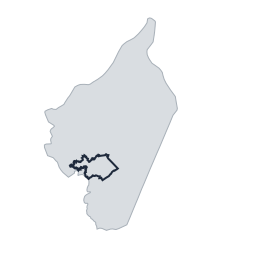 Homs, Homs (Hims), Syria (highlighted), rotated 326°
{"feature_id": "27442178B91557549439519", "entity_name": "Homs", "entity_type": "district", "adm_level": 2, "iso_a3": "SYR", "parent_name": "Syria", "parent_adm1": "Homs (Hims)", "projection": "orthographic", "projection_center": [36.55, 34.443], "detail": "fine", "context": "in_parent", "style": "outline", "palette": "slate", "viewbox_px": 256, "rotation_deg": 326, "n_neighbors": 0, "source": "geoboundaries", "source_scale": "gbopen_adm2", "svg_char_len": 6543}
<svg xmlns="http://www.w3.org/2000/svg" viewBox="0 0 256 256"><g transform="rotate(326 128 128)"><path d="M49.2,95.3L51.1,95.5L55.2,98.0L55.8,97.9L57.1,94.7L58.2,93.6L60.7,92.6L61.5,87.4L62.6,86.4L64.0,85.9L66.2,85.8L68.0,85.4L68.1,84.5L65.5,78.5L65.8,77.0L67.0,70.9L67.8,68.5L68.6,67.7L71.5,68.0L75.6,69.1L76.7,70.8L78.8,72.4L81.8,72.2L85.3,72.5L88.0,72.6L90.2,71.5L95.1,69.4L97.5,68.7L99.7,67.7L106.8,64.3L109.7,64.5L111.6,64.9L113.1,65.4L116.5,67.6L119.3,69.9L121.3,70.5L124.8,70.4L129.8,70.7L136.0,70.5L139.6,69.8L144.2,68.5L152.4,65.5L163.0,59.4L169.2,56.4L171.9,56.0L175.4,55.8L179.0,56.3L183.1,56.7L184.9,56.5L189.3,55.8L194.9,54.3L198.4,53.2L202.6,51.4L205.1,48.7L205.9,48.4L207.1,48.8L207.6,48.9L208.8,50.3L210.1,54.0L210.2,54.5L210.0,55.5L207.4,58.8L203.8,63.2L201.3,66.0L196.9,70.7L193.5,71.9L187.7,73.8L186.3,75.4L184.9,78.0L184.2,81.5L184.1,83.7L184.1,87.7L185.7,91.8L187.2,95.8L187.5,98.4L187.5,101.1L186.4,103.9L185.2,107.8L184.6,112.2L184.5,120.4L184.8,127.3L184.8,128.4L182.5,133.4L179.9,139.3L178.6,140.6L172.4,142.6L165.7,147.1L158.1,152.0L151.2,156.5L144.0,161.2L136.4,166.0L131.0,169.5L123.8,174.1L117.1,178.5L110.4,182.9L105.2,186.2L97.4,191.5L92.8,194.5L86.0,199.0L80.0,203.0L72.9,207.6L64.0,206.2L61.2,205.4L58.9,203.2L57.2,202.1L52.9,200.8L50.3,196.7L48.6,195.2L45.8,194.5L47.1,191.9L47.3,190.1L48.5,188.0L47.8,186.6L47.4,183.6L46.9,182.9L46.7,182.1L47.1,181.2L47.0,180.2L46.5,179.8L46.3,178.3L45.9,177.2L46.1,175.8L46.7,175.0L47.4,173.3L48.1,172.8L49.3,171.8L49.6,170.7L50.7,169.6L52.1,168.8L52.4,168.0L52.2,167.6L50.8,166.9L50.1,165.5L50.8,163.4L51.2,162.8L52.1,161.8L54.0,160.4L55.5,160.1L56.8,160.1L58.9,160.3L60.6,160.5L61.1,160.1L61.0,159.7L58.9,158.4L58.8,157.5L59.3,156.4L60.8,154.8L62.6,153.6L63.5,153.4L65.5,150.9L66.7,148.2L64.7,141.6L63.4,140.6L61.4,139.7L60.2,139.5L60.1,139.1L61.7,137.4L62.8,136.0L61.6,134.6L59.3,134.0L58.5,135.4L55.6,135.5L51.1,135.5L49.2,128.5L48.9,125.5L49.0,122.0L50.4,116.9L49.8,114.5L49.7,113.0L49.4,110.8L45.9,106.0L47.9,97.4L49.2,95.3Z" fill="#d9dde1" stroke="#a8b0b8" stroke-width="1"/><path d="M93.3,155.9L93.8,155.8L95.4,156.0L96.9,155.9L95.6,148.1L94.5,142.1L94.6,141.7L94.6,141.1L94.7,140.7L94.7,140.2L95.9,140.2L96.1,140.0L96.6,139.5L96.2,139.2L95.5,139.0L95.5,138.9L95.4,138.4L95.4,137.9L95.3,137.6L94.9,137.4L94.5,137.5L93.9,137.8L90.1,135.9L88.7,135.3L87.7,135.0L87.6,134.8L87.6,134.5L87.8,134.4L88.1,134.5L88.3,134.4L88.7,134.7L88.9,134.7L89.0,134.4L88.4,133.5L88.1,133.6L87.5,133.7L87.2,133.6L86.9,133.5L86.7,133.5L86.5,133.8L86.3,133.8L86.3,133.6L86.0,133.6L85.9,133.7L84.8,134.2L84.4,134.4L83.9,134.5L83.3,134.3L83.1,134.5L83.1,134.8L83.0,135.0L82.4,135.0L82.2,135.1L81.9,134.9L81.7,134.7L82.0,134.3L82.2,133.9L82.2,133.7L81.9,133.3L81.7,133.3L81.6,133.2L81.4,133.1L81.2,133.4L81.1,133.5L80.6,133.6L80.3,133.5L80.0,133.6L79.9,133.7L79.9,134.1L79.7,134.2L79.4,134.1L78.9,134.2L78.5,134.1L78.1,134.3L77.6,134.4L77.3,134.5L76.8,134.4L76.7,134.3L76.7,134.1L76.8,133.9L76.8,133.7L76.7,133.4L76.8,133.0L76.8,132.4L76.5,131.8L76.6,131.7L77.6,131.1L77.5,130.8L77.3,130.3L76.9,129.9L76.9,129.7L76.9,129.4L76.7,128.9L76.9,128.7L76.9,128.2L77.2,128.1L77.0,127.8L76.6,127.6L76.8,126.7L76.6,126.2L76.4,126.4L76.4,126.6L76.4,126.8L75.9,126.9L75.5,127.0L75.3,126.6L75.1,126.2L74.9,126.0L74.8,126.5L74.7,126.8L74.2,126.8L73.3,127.1L73.2,127.1L73.4,127.5L73.2,128.0L72.9,128.9L72.7,129.2L70.6,129.3L70.4,129.2L69.6,129.7L69.3,129.5L69.4,129.3L69.3,129.0L69.2,128.8L68.3,128.6L68.1,128.3L67.9,127.9L67.9,127.7L67.7,127.7L67.4,127.3L67.1,127.2L66.9,126.8L66.9,126.3L66.4,126.4L66.4,126.5L66.5,126.7L66.4,127.0L66.0,127.3L66.0,127.2L65.9,127.1L65.9,126.7L65.7,126.6L65.6,126.3L65.0,126.3L65.1,126.1L65.5,125.8L65.4,125.5L65.2,125.4L64.7,125.4L64.7,125.5L64.3,125.7L64.2,125.8L64.2,126.0L64.2,126.3L63.8,126.4L63.6,126.4L63.6,126.8L63.6,127.1L63.7,127.6L63.4,127.8L63.1,127.8L62.9,127.9L62.7,128.0L62.7,127.9L62.5,128.0L62.3,128.1L62.2,128.2L62.0,128.4L61.9,128.3L61.6,128.5L61.5,128.1L61.1,127.8L61.0,128.0L60.8,128.4L60.5,128.4L60.5,128.2L60.4,128.2L60.5,127.9L60.3,127.5L60.2,127.5L60.2,127.4L60.1,127.5L60.0,127.3L60.1,127.2L59.9,127.2L59.7,127.1L59.6,126.9L59.4,126.8L59.5,126.6L59.4,126.6L59.0,126.6L59.0,127.1L58.6,127.5L58.6,127.9L58.7,128.0L59.2,128.2L59.3,128.2L59.5,128.0L59.6,127.9L59.7,127.7L60.1,127.6L60.2,127.8L59.8,128.2L60.1,128.3L60.1,128.6L60.3,128.8L60.4,128.7L60.5,129.0L60.6,128.9L61.0,128.7L61.3,128.7L61.0,129.0L60.9,129.2L60.8,129.6L61.0,129.7L61.2,129.8L61.3,130.0L61.2,130.3L61.4,130.6L61.1,131.0L61.2,131.3L61.5,131.2L61.7,131.9L61.7,132.0L61.9,132.2L62.1,132.1L62.3,131.7L62.8,131.7L62.9,131.8L62.8,132.1L62.9,132.3L63.0,132.4L63.2,132.2L63.3,132.4L63.2,133.0L63.7,133.2L63.7,133.3L63.7,133.5L63.3,133.6L63.2,133.8L62.9,134.1L62.9,134.3L63.1,134.7L63.1,135.5L63.4,135.4L63.4,135.1L63.5,135.0L63.9,135.1L64.1,135.3L64.3,135.4L64.2,135.2L64.3,135.1L64.5,135.2L64.7,135.5L64.8,135.5L64.9,135.4L64.8,135.2L64.8,134.8L65.0,134.9L65.0,134.5L64.9,134.5L64.8,134.4L64.9,134.2L64.7,134.1L65.0,134.2L65.0,134.3L65.3,134.4L65.1,134.5L65.3,134.7L65.5,134.4L65.4,134.6L65.5,134.8L65.5,135.0L65.8,134.9L65.9,134.7L66.1,134.8L66.2,134.7L66.4,134.6L66.5,134.7L66.8,134.5L67.0,134.5L67.1,134.4L67.3,134.4L67.4,134.2L67.5,134.3L67.6,134.5L67.6,134.8L67.6,135.0L67.2,135.1L67.0,135.3L66.9,135.4L67.0,135.6L67.3,135.6L67.6,135.5L67.8,135.7L67.9,135.8L68.1,135.8L68.3,135.8L68.4,135.6L68.7,135.7L68.9,136.3L69.1,136.4L69.4,136.4L69.4,136.2L69.6,135.6L69.7,135.4L69.8,135.3L70.0,135.5L70.6,135.5L71.0,135.7L71.0,135.8L71.1,136.1L71.6,136.2L71.6,136.3L71.8,136.5L71.9,137.3L70.9,137.4L71.0,137.9L70.5,138.3L70.4,138.5L69.8,138.5L69.4,138.7L69.5,139.2L69.4,139.5L69.2,139.5L69.0,140.1L68.8,140.1L68.7,140.0L68.6,139.9L68.7,140.1L68.6,140.3L68.4,140.4L68.2,140.3L68.1,140.5L68.1,140.8L67.7,140.6L67.3,140.8L67.2,141.1L66.8,141.2L66.8,141.6L66.7,141.7L66.7,142.6L66.4,143.0L66.2,143.2L66.0,143.8L66.0,144.0L65.8,144.3L65.8,144.5L66.1,144.8L66.1,145.1L66.2,145.3L66.3,145.3L66.6,145.4L66.9,145.4L67.1,145.5L67.2,145.8L67.0,146.1L66.5,146.5L66.8,147.3L66.8,147.9L66.8,148.1L67.2,148.2L68.8,147.8L69.6,148.1L70.4,148.0L71.0,148.0L71.3,147.8L71.9,147.6L72.1,147.6L72.1,148.1L72.8,148.2L72.9,148.3L73.0,148.7L73.5,149.1L73.8,149.3L74.2,149.3L74.4,149.3L74.9,149.3L75.5,150.0L76.0,151.0L76.6,151.6L77.6,152.3L77.1,152.9L76.2,153.6L76.7,153.9L77.1,154.1L77.4,154.5L78.0,154.5L77.7,156.4L77.7,157.0L82.4,157.0L85.2,157.2L87.7,156.4L88.4,156.5L89.2,156.0L90.0,155.6L91.8,155.4L92.5,155.4L92.8,155.5L93.1,155.6L93.3,155.8L93.3,155.9Z" fill="none" stroke="#1e293b" stroke-width="2"/></g></svg>